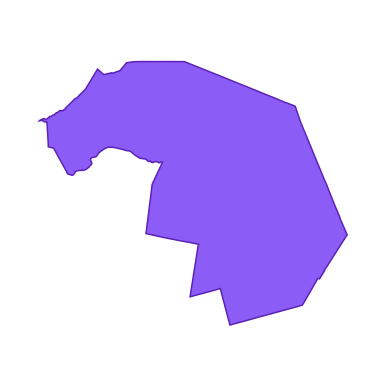 the district of Zaragoza, Coahuila, Mexico, rotated 185°
{"feature_id": "50627088B39725244996961", "entity_name": "Zaragoza", "entity_type": "district", "adm_level": 2, "iso_a3": "MEX", "parent_name": "Mexico", "parent_adm1": "Coahuila", "projection": "orthographic", "projection_center": [-101.085, 28.874], "detail": "fine", "context": "isolated", "style": "filled", "palette": "violet", "viewbox_px": 384, "rotation_deg": 185, "n_neighbors": 0, "source": "geoboundaries", "source_scale": "gbopen_adm2", "svg_char_len": 3732}
<svg xmlns="http://www.w3.org/2000/svg" viewBox="0 0 384 384"><g transform="rotate(185 192 192)"><path d="M33.7,162.8L41.5,177.3L41.8,177.8L42.8,180.4L43.1,180.8L48.2,190.4L55.2,204.3L58.9,211.8L61.1,215.6L65.3,223.8L67.1,227.2L68.5,229.8L75.7,243.8L81.1,254.2L82.1,256.2L87.1,265.7L88.6,268.6L89.6,270.6L90.5,272.4L91.3,274.3L93.2,278.5L93.8,279.8L94.3,281.1L95.2,283.0L96.0,285.0L96.6,286.4L99.7,287.4L102.8,288.3L104.7,288.8L108.0,289.6L109.0,290.0L118.8,293.1L127.3,295.7L140.9,299.9L155.1,304.2L167.1,307.9L170.2,308.9L190.5,315.0L208.9,320.6L210.9,321.2L224.6,320.1L227.9,319.8L231.1,319.5L235.0,319.2L239.0,318.8L253.2,317.6L255.1,317.4L260.0,316.9L261.0,316.7L261.4,316.7L266.1,315.6L268.6,315.0L271.4,310.8L273.5,307.7L274.0,307.0L274.1,306.9L274.3,306.8L274.2,306.7L278.8,304.6L281.9,303.2L282.3,303.8L284.3,303.1L285.7,302.7L287.1,302.3L290.0,301.2L291.9,302.5L293.0,303.4L293.9,304.0L294.9,304.8L296.3,305.8L296.8,306.2L299.8,300.0L302.5,294.4L302.7,294.1L303.0,293.3L304.0,291.5L305.2,289.0L306.0,287.4L306.9,285.3L307.0,285.2L307.8,284.3L309.6,282.2L312.0,279.3L314.4,276.4L314.2,275.9L315.8,275.2L316.4,274.9L316.6,274.9L319.9,270.9L324.8,265.1L325.5,264.6L325.4,263.9L325.6,263.6L325.7,263.4L325.9,263.0L326.0,262.9L326.3,262.8L326.6,262.8L326.7,262.7L326.8,262.7L327.0,262.5L327.1,262.2L327.7,261.8L327.8,261.8L328.6,261.6L331.1,261.4L332.2,260.2L332.9,259.5L334.0,259.1L334.7,258.5L335.2,258.0L336.1,256.7L336.7,256.7L337.1,256.6L338.5,255.3L338.7,255.1L339.3,254.9L340.6,254.8L340.9,254.1L341.1,253.7L342.0,253.1L343.0,252.0L344.2,251.7L344.6,251.6L345.0,251.7L345.7,252.3L346.6,252.1L347.3,251.5L348.4,251.0L349.2,250.5L350.0,250.0L350.2,249.8L350.3,249.6L350.1,249.7L348.0,250.2L346.7,249.8L344.6,248.9L344.3,249.0L343.4,249.3L343.2,248.9L343.0,248.6L342.5,248.5L341.2,239.4L340.8,237.1L339.6,228.8L339.1,224.5L336.7,224.1L336.1,223.9L335.8,223.9L333.6,223.6L325.7,211.7L318.0,200.2L317.6,199.2L314.9,198.6L313.0,198.2L311.6,198.8L310.7,200.4L309.7,202.4L308.4,203.1L306.2,203.6L303.3,204.0L301.4,204.3L299.1,205.6L296.9,207.6L295.7,209.4L294.5,210.7L294.3,212.3L295.1,213.6L296.0,215.8L295.8,216.8L294.4,217.7L292.1,218.2L290.3,219.1L289.9,219.8L289.5,220.8L289.1,221.2L288.1,223.0L285.0,225.8L282.3,227.9L280.0,229.1L276.5,229.6L273.5,229.5L270.0,229.1L266.4,228.6L265.6,228.5L264.8,228.4L261.5,227.6L259.3,227.4L258.1,227.5L256.2,226.7L254.6,225.7L253.3,224.6L251.3,223.4L249.5,222.4L248.9,222.2L248.0,221.5L246.8,221.1L246.0,221.0L245.0,221.1L244.6,220.9L243.6,220.9L243.4,220.9L242.3,220.8L241.3,220.8L240.4,220.5L240.1,220.3L239.9,220.2L239.5,219.4L239.3,219.3L239.0,219.2L238.6,218.9L238.2,218.6L237.9,218.6L237.5,218.8L237.0,218.9L236.6,218.9L236.4,219.0L236.2,219.1L235.7,218.9L235.4,218.7L235.4,218.4L235.1,218.1L234.2,218.0L233.9,217.9L233.5,217.9L233.4,218.0L232.9,218.2L232.5,218.5L232.2,218.8L231.8,218.9L231.4,219.0L231.1,219.0L230.8,219.1L230.4,219.1L229.9,219.2L229.4,219.0L228.5,218.8L227.9,218.4L227.5,218.3L227.1,218.2L226.7,218.3L226.4,218.5L226.0,219.3L225.7,219.3L224.5,219.2L224.0,219.1L226.5,212.2L229.6,203.8L230.3,201.8L232.2,196.7L232.4,195.2L232.5,191.4L232.7,185.3L233.0,178.3L233.6,162.8L233.7,159.4L233.9,155.6L234.0,151.9L234.1,149.2L234.3,146.6L220.9,144.8L213.0,143.8L205.0,143.0L202.5,142.7L186.6,141.2L184.4,140.9L181.1,140.6L182.2,124.3L183.1,111.9L183.8,101.6L184.8,87.4L173.4,91.6L167.7,93.7L165.5,94.4L165.4,94.5L162.4,95.6L159.5,96.7L155.3,98.3L154.0,94.4L153.9,94.4L153.5,92.9L151.5,87.5L149.1,80.7L144.3,67.4L142.6,62.8L124.4,69.5L118.6,71.7L110.5,74.7L90.5,82.1L86.3,83.6L72.2,88.9L68.7,96.2L65.6,102.9L59.1,116.9L57.4,116.6L53.3,124.6L53.7,124.7L50.5,130.7L43.4,144.4L37.5,155.7L35.9,158.7L33.7,162.8Z" fill="#8b5cf6" stroke="#5b21b6" stroke-width="1.5"/></g></svg>